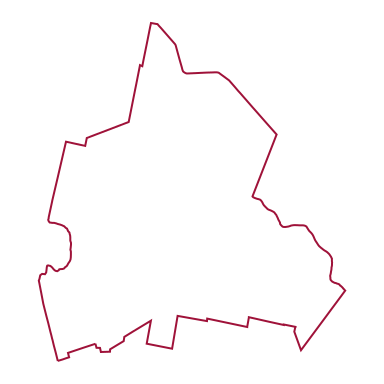 outline of Río Hondo, Santiago del Estero, Argentina
{"feature_id": "61730980B3191379670925", "entity_name": "Río Hondo", "entity_type": "district", "adm_level": 2, "iso_a3": "ARG", "parent_name": "Argentina", "parent_adm1": "Santiago del Estero", "projection": "orthographic", "projection_center": [-64.73, -27.436], "detail": "fine", "context": "isolated", "style": "outline", "palette": "rose", "viewbox_px": 384, "rotation_deg": 0, "n_neighbors": 0, "source": "geoboundaries", "source_scale": "gbopen_adm2", "svg_char_len": 3837}
<svg xmlns="http://www.w3.org/2000/svg" viewBox="0 0 384 384"><path d="M57.8,361.0L57.8,360.9L62.5,359.5L66.2,358.2L67.5,357.8L68.8,357.4L69.1,357.3L68.0,352.9L83.8,347.6L95.4,343.8L95.4,343.7L96.5,347.8L100.0,347.9L100.8,351.5L100.9,352.0L110.0,351.7L110.1,349.3L117.2,345.0L123.7,341.1L124.3,336.9L132.7,331.7L150.9,320.7L146.7,343.7L172.1,348.7L177.6,315.9L207.0,321.1L207.2,318.6L247.2,327.0L247.2,326.9L248.9,317.3L248.9,317.2L259.1,319.5L268.8,321.7L283.8,325.0L283.8,324.5L293.1,326.4L295.6,326.9L295.6,327.0L295.2,327.5L294.3,331.7L301.0,350.2L326.1,316.4L331.1,309.6L337.8,300.6L345.2,290.6L344.6,290.0L344.1,289.3L343.6,288.9L343.1,288.4L342.8,287.8L342.3,287.4L341.8,286.8L341.5,286.6L341.0,286.1L340.4,285.6L339.9,285.4L339.5,284.6L338.9,284.2L337.9,283.8L337.0,283.6L336.4,283.3L335.6,283.0L334.8,282.9L334.3,282.7L333.2,282.1L332.4,281.7L332.0,281.4L331.3,280.6L330.8,280.1L330.5,279.4L330.4,278.9L330.4,277.8L330.3,277.0L330.2,276.3L330.2,275.5L330.4,274.9L330.7,273.7L330.9,272.5L331.0,271.6L331.2,270.7L331.4,269.7L331.5,268.5L331.5,267.6L331.9,265.9L332.0,264.8L332.0,263.4L332.1,262.5L331.9,261.2L331.9,260.0L331.9,258.5L331.4,257.7L331.1,256.9L330.3,255.7L329.7,254.8L329.1,254.0L328.3,253.2L327.8,252.8L327.4,252.3L326.6,251.8L325.8,251.2L324.7,250.6L323.8,250.0L322.9,249.3L321.8,248.4L321.0,247.8L319.1,246.1L318.1,244.8L317.3,243.5L316.3,242.0L315.3,240.5L314.5,238.8L313.8,237.1L313.1,235.6L312.4,234.4L311.3,233.0L310.1,231.8L309.2,230.9L308.3,229.6L307.5,228.3L306.4,226.5L304.9,225.7L303.7,225.4L301.9,225.3L300.5,225.3L299.2,225.3L297.3,225.2L294.3,225.1L292.6,225.3L291.0,225.6L290.1,226.0L288.5,226.5L286.7,226.8L285.1,227.0L283.4,226.9L282.5,226.6L281.2,225.3L280.8,224.9L280.1,223.9L280.0,222.6L279.2,221.1L278.4,219.7L277.7,217.9L276.7,215.9L276.2,214.8L275.3,213.8L274.4,212.5L273.6,211.9L272.1,211.1L271.3,210.7L270.1,210.2L268.5,209.6L267.4,208.9L266.2,207.6L265.5,207.0L264.8,206.2L263.9,205.3L263.6,204.8L262.8,203.5L262.5,202.6L261.9,201.7L261.2,200.7L260.3,199.8L259.6,199.5L258.4,199.1L257.4,198.9L256.2,198.5L254.8,198.0L254.0,197.6L253.2,197.2L252.5,196.5L252.5,196.4L276.6,134.5L276.5,134.4L268.0,124.8L259.1,114.7L258.6,114.1L256.3,111.5L252.4,107.1L251.8,106.4L240.2,93.1L238.0,90.7L234.7,86.8L229.1,80.4L228.7,80.1L219.6,73.4L219.0,72.9L218.3,72.6L217.8,72.5L216.6,72.3L214.1,72.3L213.9,72.4L213.6,72.4L206.4,72.6L200.2,72.9L196.1,73.1L186.9,73.5L185.5,73.1L184.5,72.5L183.6,71.9L183.1,71.4L182.9,71.0L182.4,69.7L181.8,67.3L179.5,59.3L175.7,45.4L175.4,44.7L175.0,44.1L160.5,27.5L160.1,27.1L159.1,26.0L158.6,25.5L158.4,25.2L157.9,24.6L157.5,24.1L156.5,24.0L156.0,23.9L151.0,23.0L150.7,24.4L150.6,24.7L150.6,25.1L150.4,25.8L150.2,26.7L149.9,28.2L147.4,40.8L143.5,60.0L142.3,66.2L140.0,65.1L136.3,83.9L135.0,90.3L128.7,122.0L86.8,138.0L85.2,145.9L66.0,141.7L59.7,168.9L57.7,177.5L52.2,200.9L52.2,201.1L50.3,209.9L48.7,217.3L48.7,218.1L48.2,219.9L48.8,221.4L49.7,222.5L50.6,222.6L52.4,222.9L54.3,222.9L56.6,223.5L57.5,223.9L60.2,224.6L62.1,225.3L63.7,226.1L64.1,226.2L64.8,226.9L65.8,227.9L67.0,228.6L68.0,230.9L68.2,231.3L69.4,232.5L69.7,234.1L70.0,234.9L70.2,235.9L70.3,237.4L70.3,238.8L70.3,240.2L70.3,240.6L71.0,242.9L71.0,244.8L70.8,246.6L70.7,247.6L70.4,249.8L70.8,251.1L70.9,251.8L70.9,254.7L70.8,257.4L70.5,259.5L69.8,261.2L68.2,263.5L67.5,264.9L66.6,266.2L65.0,267.3L64.2,268.4L62.7,269.0L60.7,269.1L59.3,269.3L58.7,270.3L57.2,271.2L55.5,270.8L54.5,270.1L53.3,268.9L52.3,267.6L51.1,266.5L50.3,265.9L49.2,265.7L48.1,265.4L47.7,265.5L47.2,265.7L46.8,267.1L46.5,270.1L46.3,271.5L46.2,272.4L45.0,274.2L42.1,273.9L40.3,275.2L40.2,275.4L39.4,279.1L38.8,280.6L39.3,282.9L40.7,290.2L41.1,292.2L43.3,303.8L46.4,316.1L48.2,322.9L50.5,332.2L51.3,335.2L51.9,337.7L52.0,338.2L52.6,340.3L53.3,343.3L53.8,345.4L54.5,348.0L55.9,353.3L57.8,361.0Z" fill="none" stroke="#9f1239" stroke-width="2"/></svg>